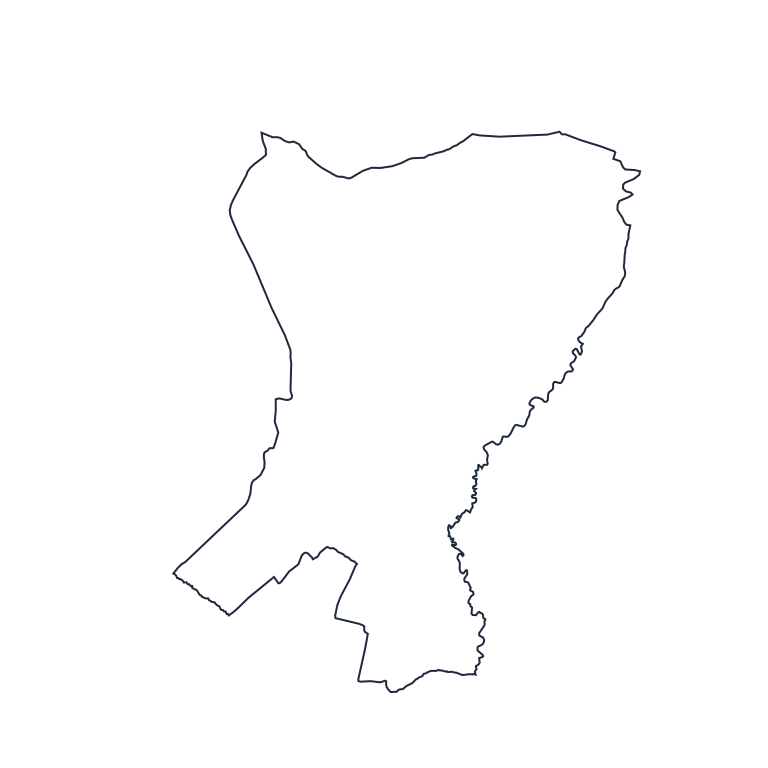 the district of Katako-Kombe, Kasaï-Oriental, Democratic Republic of the Congo, rotated 17°
{"feature_id": "63176286B65571818133367", "entity_name": "Katako-Kombe", "entity_type": "district", "adm_level": 2, "iso_a3": "COD", "parent_name": "Democratic Republic of the Congo", "parent_adm1": "Kasaï-Oriental", "projection": "natural_earth1", "projection_center": [24.617, -3.373], "detail": "fine", "context": "isolated", "style": "outline", "palette": "slate", "viewbox_px": 768, "rotation_deg": 17, "n_neighbors": 0, "source": "geoboundaries", "source_scale": "gbopen_adm2", "svg_char_len": 6144}
<svg xmlns="http://www.w3.org/2000/svg" viewBox="0 0 768 768"><g transform="rotate(17 384 384)"><path d="M478.1,91.4L467.4,97.7L422.2,113.7L402.9,118.3L395.5,119.1L388.7,128.7L385.9,131.5L383.9,134.3L380.7,136.7L378.0,140.2L375.6,141.6L373.0,144.0L364.9,148.9L363.4,150.4L360.1,151.7L356.4,155.8L344.9,159.9L341.8,162.0L336.4,167.3L328.4,173.2L317.6,178.4L309.0,180.8L301.5,186.3L292.2,196.5L290.4,197.7L283.0,198.0L281.2,198.9L277.6,199.1L261.1,195.4L254.7,193.1L245.2,188.7L243.2,187.1L241.6,184.7L240.0,183.7L237.6,183.3L232.6,179.5L226.6,178.6L222.7,180.7L218.3,180.6L213.0,179.0L209.6,179.2L205.3,180.6L193.4,179.5L196.9,186.8L202.6,194.3L202.9,196.2L204.2,199.1L202.2,202.6L195.9,211.3L193.0,216.2L191.4,220.8L191.4,223.8L185.9,252.3L185.3,257.7L185.7,263.1L187.7,267.4L190.6,271.3L202.1,284.8L224.4,308.1L254.0,343.8L274.9,366.3L284.5,378.7L285.8,382.0L286.7,385.8L289.1,390.9L296.6,417.9L299.6,422.3L299.7,424.8L297.7,426.8L295.4,427.8L288.1,428.4L284.9,430.2L288.2,440.8L290.5,451.9L297.1,461.3L297.3,471.6L297.0,477.6L293.3,478.9L292.2,481.7L289.8,484.2L289.7,486.3L290.7,489.6L292.6,493.5L294.0,499.3L292.5,507.2L289.2,512.4L287.5,514.1L286.6,517.1L286.7,519.7L288.3,528.2L288.1,535.2L287.1,539.8L245.9,612.5L243.0,615.6L240.5,620.4L238.0,626.9L239.6,627.1L241.5,628.2L242.8,630.0L243.9,629.7L245.0,630.4L246.4,630.0L249.5,631.2L250.6,632.4L253.1,631.4L254.7,632.8L256.4,632.5L257.7,633.6L259.6,633.2L259.9,634.6L260.4,635.1L265.4,636.0L269.2,639.4L271.0,639.7L272.0,640.7L276.0,641.2L278.5,640.4L279.9,641.9L281.6,642.1L282.8,642.8L285.8,642.3L288.6,644.3L291.5,644.7L294.0,647.5L296.4,647.3L297.5,648.3L299.2,648.0L300.7,649.9L301.9,649.6L303.2,650.7L306.3,646.7L310.1,640.6L316.9,628.1L335.2,600.7L341.3,605.5L342.6,604.7L343.9,602.4L348.0,591.2L354.8,581.5L355.5,572.0L356.9,569.3L358.3,568.2L360.3,568.1L365.5,570.7L367.2,572.4L370.0,569.4L370.9,569.0L372.1,563.9L376.6,557.1L377.6,556.4L380.8,556.9L383.4,555.8L386.5,556.5L388.9,558.0L394.8,558.7L397.2,560.2L400.8,560.4L404.2,562.3L407.4,562.4L410.7,564.0L409.8,567.1L408.4,580.7L404.7,599.9L404.0,608.7L405.0,619.8L406.1,622.1L430.6,620.6L434.6,621.0L436.0,621.6L437.2,625.6L438.3,626.6L441.6,627.7L443.4,643.4L445.7,673.3L446.4,675.6L448.7,675.5L458.0,672.1L467.6,670.4L471.9,667.4L473.1,667.7L473.8,670.7L475.0,672.9L477.8,675.2L480.5,676.6L486.3,674.5L486.8,672.9L488.3,671.4L491.3,670.2L493.7,666.3L498.5,661.8L500.9,657.1L502.1,656.1L502.8,654.8L506.0,652.2L506.8,649.4L508.9,648.4L509.6,647.2L512.8,644.6L517.5,643.2L519.7,641.5L521.4,641.7L522.6,641.0L526.7,641.0L528.3,640.4L529.1,640.9L533.5,639.2L535.8,639.4L537.3,638.9L544.1,639.4L551.6,636.1L553.2,636.1L554.5,635.1L556.5,635.2L554.9,632.2L555.9,629.8L554.3,627.1L556.3,624.7L557.0,622.5L555.1,618.3L557.8,616.5L558.5,615.3L557.8,614.3L551.8,611.7L551.1,610.9L550.5,608.5L550.8,607.5L553.4,605.3L554.5,603.7L554.9,601.6L554.7,599.8L554.0,598.6L552.7,597.5L548.8,596.7L547.8,594.7L550.5,585.8L550.5,584.2L549.4,581.5L549.9,580.0L549.5,579.2L547.4,578.7L545.8,575.4L545.1,574.9L542.6,574.6L541.9,574.0L540.9,574.7L539.5,578.2L536.3,579.0L534.8,578.1L533.6,572.0L531.6,571.2L530.8,569.3L528.9,568.8L528.5,568.0L528.4,566.0L529.4,561.3L531.0,559.5L531.1,558.7L529.8,556.7L526.8,556.2L526.4,555.7L526.6,553.7L522.4,549.1L519.1,549.4L518.0,547.9L517.8,546.5L519.2,541.5L518.1,538.3L517.3,537.9L516.5,538.7L515.4,541.8L513.7,542.1L512.1,541.2L510.5,539.1L509.0,533.5L507.9,531.7L505.3,529.5L504.8,527.5L505.3,524.9L506.5,524.1L507.6,524.2L509.6,525.5L510.1,524.5L509.5,523.2L503.6,520.4L500.1,520.0L496.3,518.5L496.1,517.8L499.4,517.2L499.9,516.3L499.4,515.4L497.9,514.8L495.7,515.3L494.9,514.9L495.8,512.8L495.5,511.7L493.4,512.8L491.7,510.2L490.3,510.6L489.9,509.1L490.1,507.4L488.0,504.8L487.2,501.9L487.5,500.1L489.1,500.4L489.7,502.1L490.2,502.3L491.4,500.5L492.8,495.7L495.1,494.4L495.8,492.0L495.4,491.4L492.7,491.1L492.4,490.4L493.2,489.0L494.1,488.5L496.1,489.3L496.5,485.3L498.6,482.9L499.1,480.9L499.9,480.5L503.8,481.7L504.0,478.3L504.8,475.7L503.3,472.4L506.0,470.5L506.4,468.8L505.6,466.6L504.4,466.3L501.8,466.9L501.0,465.8L501.1,464.5L503.5,463.5L504.0,462.4L503.7,461.1L501.6,460.1L501.5,458.9L502.5,457.5L499.8,457.7L499.3,456.6L499.7,455.5L501.0,454.9L501.6,453.5L501.6,452.6L500.2,450.3L500.5,447.9L497.9,448.1L496.8,447.8L496.3,447.0L497.1,446.0L498.9,445.1L499.0,443.7L498.3,442.2L496.9,440.4L497.4,439.6L498.9,439.2L499.2,438.4L497.9,434.5L498.0,433.8L498.8,433.8L500.3,435.0L501.5,434.8L502.3,435.8L503.0,432.1L506.0,431.3L506.5,430.1L504.6,426.0L504.2,421.8L501.8,418.9L499.5,417.8L498.3,416.5L497.7,415.5L498.2,413.6L504.1,407.6L505.1,407.4L508.6,408.8L510.8,408.7L512.2,407.3L513.0,404.5L513.0,399.8L513.8,399.1L517.2,398.6L518.4,397.4L519.6,394.1L520.8,386.9L521.5,385.2L522.5,384.4L529.5,384.1L530.3,383.3L531.2,381.1L531.1,376.0L532.1,371.8L531.5,367.7L532.0,365.8L534.0,362.8L533.5,361.6L530.0,361.4L529.0,360.7L528.7,359.8L529.1,357.5L530.0,355.2L532.6,352.6L535.8,352.0L539.8,352.4L541.8,353.8L543.6,354.0L544.6,353.4L545.4,351.6L543.9,345.4L544.2,343.6L546.4,340.6L547.0,338.9L545.7,334.2L546.1,332.5L547.0,331.9L552.1,331.7L553.3,330.7L554.3,326.2L554.1,323.1L554.6,320.2L556.4,318.2L559.6,317.2L560.4,316.0L560.5,314.7L556.8,311.7L556.5,310.8L556.7,309.6L559.2,306.5L559.8,302.7L559.4,301.6L558.2,300.5L555.7,299.4L554.9,297.4L556.8,294.3L558.0,294.2L562.3,298.4L563.2,298.5L563.7,297.4L563.8,295.0L561.4,290.4L562.4,287.5L559.3,286.8L557.5,285.6L556.5,284.5L556.4,282.9L558.7,280.4L560.3,275.7L560.7,271.5L562.8,268.3L565.4,261.9L567.2,255.5L570.8,247.9L571.8,240.5L572.7,237.6L576.2,230.0L576.7,226.9L578.2,224.7L580.2,222.8L580.8,221.2L581.6,214.3L582.7,210.6L582.1,206.9L578.9,201.5L578.4,198.0L576.3,189.7L576.3,188.2L575.2,183.4L575.5,180.0L574.9,176.7L575.3,173.4L573.9,169.1L573.2,160.3L569.3,160.8L566.3,158.7L563.6,155.4L556.3,149.2L555.0,144.3L555.6,140.1L563.2,133.9L566.3,130.1L564.0,128.8L559.1,129.1L555.3,127.2L554.5,123.2L555.8,120.9L562.8,115.1L566.9,109.4L566.7,105.7L561.2,106.1L551.9,108.3L549.3,106.9L544.8,101.9L537.5,101.6L537.5,94.8L536.1,94.2L521.7,93.4L500.7,93.3L484.5,92.2L481.1,93.2L478.1,91.4Z" fill="none" stroke="#1e293b" stroke-width="2"/></g></svg>